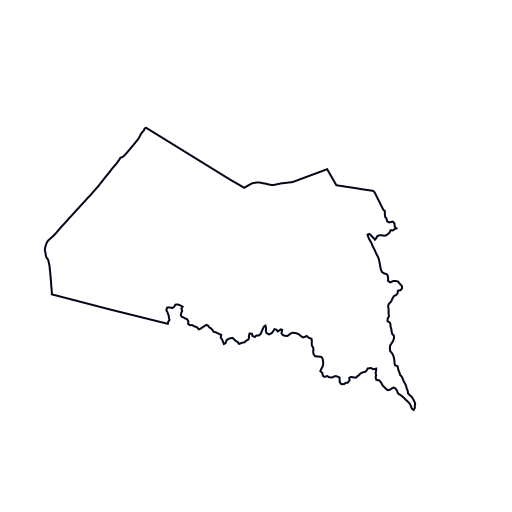 the district of Belmonte, Bahia, Brazil, rotated 200°
{"feature_id": "56859067B37213046235588", "entity_name": "Belmonte", "entity_type": "district", "adm_level": 2, "iso_a3": "BRA", "parent_name": "Brazil", "parent_adm1": "Bahia", "projection": "mercator", "projection_center": [-39.261, -15.95], "detail": "fine", "context": "isolated", "style": "outline", "palette": "ink", "viewbox_px": 512, "rotation_deg": 200, "n_neighbors": 0, "source": "geoboundaries", "source_scale": "gbopen_adm2", "svg_char_len": 5305}
<svg xmlns="http://www.w3.org/2000/svg" viewBox="0 0 512 512"><g transform="rotate(200 256 256)"><path d="M403.1,338.9L404.3,337.7L404.3,335.6L405.0,333.9L405.9,331.4L406.1,328.6L406.6,326.1L407.4,323.4L408.2,321.3L408.8,319.4L409.5,317.5L410.6,314.6L411.4,312.2L412.2,310.2L412.8,308.5L413.7,306.4L414.5,304.5L415.6,303.1L417.1,301.8L417.4,299.5L418.1,297.5L418.7,295.1L419.7,292.6L420.6,290.3L421.5,287.7L422.2,285.3L422.7,283.7L423.5,281.5L424.4,278.9L425.3,276.3L426.1,273.6L426.8,271.7L427.4,269.9L427.9,268.1L428.6,266.3L429.6,263.9L430.4,261.8L431.3,259.5L432.1,257.2L432.9,255.4L433.8,253.5L434.7,251.3L435.6,248.9L436.6,246.5L437.5,244.5L438.4,242.3L439.2,240.2L440.5,237.4L441.3,235.1L442.3,232.9L443.3,230.4L444.5,227.7L445.3,225.5L446.1,223.5L446.9,221.5L447.7,219.6L448.7,217.5L449.6,215.0L450.5,212.6L451.2,210.6L451.9,208.8L452.8,206.8L453.8,204.6L455.1,202.3L456.4,199.8L457.2,197.3L457.2,194.9L457.0,192.0L456.5,189.4L454.8,186.8L453.8,184.8L452.4,182.9L450.4,181.7L448.9,179.7L448.0,178.2L446.9,176.6L446.0,174.7L444.8,172.2L443.4,169.3L442.3,167.0L441.5,165.3L440.7,163.5L439.8,161.7L439.0,159.8L438.1,157.7L437.0,155.5L436.2,153.7L435.4,152.0L434.7,150.1L430.9,150.5L376.1,155.7L374.1,155.9L315.7,162.1L316.0,164.2L315.4,166.3L316.9,168.4L317.5,170.0L318.9,171.5L320.1,173.0L321.7,174.3L321.9,177.0L320.3,177.9L318.5,178.3L316.8,178.5L315.5,180.4L315.1,182.7L313.1,183.7L310.8,183.7L307.6,183.3L308.1,181.0L306.6,179.1L306.8,176.7L306.3,174.5L304.9,173.5L303.2,173.5L301.5,173.1L299.4,173.1L297.4,171.8L296.5,168.9L294.4,168.4L292.3,169.2L289.8,168.8L287.4,168.9L284.6,167.5L283.0,169.0L282.1,170.4L280.7,172.3L279.0,174.3L277.3,174.2L275.6,173.0L273.3,172.5L271.3,171.4L269.8,170.2L267.9,170.6L265.8,170.3L263.5,170.1L261.7,170.0L261.3,167.4L259.1,165.7L257.3,163.7L256.1,162.3L254.8,163.6L254.9,165.4L254.7,167.3L252.6,169.5L250.1,171.0L247.8,170.1L245.9,169.2L243.9,169.0L241.8,167.6L239.7,169.5L237.3,171.0L236.2,173.1L234.6,174.9L234.5,176.8L235.4,178.4L235.5,181.0L233.2,181.5L232.0,179.7L229.4,179.5L228.4,181.4L226.0,182.4L224.9,184.7L224.8,187.4L224.7,189.8L224.4,192.4L223.3,193.8L221.9,191.7L221.1,188.9L219.7,187.1L216.8,186.8L214.8,189.0L214.2,190.9L213.6,193.6L211.4,193.7L209.9,192.5L208.8,193.7L207.8,195.4L206.2,195.6L205.9,193.8L205.6,192.0L204.1,191.0L201.9,190.8L199.1,191.6L197.8,193.6L196.9,195.0L195.5,196.3L193.6,196.9L191.4,197.2L189.1,197.1L186.0,196.0L183.8,195.6L182.4,196.8L181.0,198.2L178.4,197.2L175.5,197.2L174.4,195.1L173.9,193.4L172.9,191.0L170.9,189.4L170.0,187.7L169.7,186.1L168.6,183.7L166.2,182.0L163.9,182.6L162.0,183.1L159.8,183.5L158.0,181.8L156.9,179.8L155.9,177.5L155.6,174.9L156.0,172.4L156.2,169.9L153.6,168.7L152.2,166.3L150.3,165.8L148.1,167.5L146.0,167.1L144.2,167.4L142.6,168.1L141.3,169.6L139.9,170.5L138.2,170.5L135.9,170.4L134.9,167.8L134.2,166.1L132.0,164.8L129.5,165.7L128.2,167.5L126.4,168.4L125.6,171.2L126.7,173.5L125.1,175.0L122.5,175.3L120.2,176.1L119.7,177.6L118.6,179.0L117.9,181.0L116.0,183.1L113.9,184.4L113.0,185.9L112.5,188.6L109.5,190.1L107.2,189.6L104.5,191.3L104.0,189.5L103.6,187.1L102.4,185.2L102.1,182.9L100.5,180.7L98.1,181.3L96.3,180.6L94.7,179.5L92.7,177.6L90.0,176.4L88.2,175.5L86.3,175.0L84.3,176.2L83.2,177.9L81.7,179.5L80.0,179.3L77.5,177.8L76.3,176.2L74.9,175.1L73.2,174.9L70.8,174.2L68.2,173.2L66.2,172.1L63.8,171.2L61.2,169.9L59.5,168.4L58.2,166.8L57.0,165.7L55.2,165.2L54.8,167.7L55.7,170.0L55.9,171.7L57.2,173.2L59.2,175.1L61.6,177.0L63.7,177.7L66.2,179.0L67.5,181.5L69.0,182.9L70.2,184.8L72.2,187.0L74.7,189.1L76.4,191.1L77.8,192.6L79.8,193.4L81.1,195.3L82.7,196.9L83.7,198.4L85.3,200.9L87.9,200.8L89.2,202.7L90.0,204.7L91.7,207.7L93.1,209.6L95.0,211.2L97.4,212.5L98.8,215.4L99.3,217.8L98.7,220.5L98.1,223.2L98.3,226.4L99.3,228.4L101.2,229.2L102.8,231.5L104.0,233.9L105.4,235.6L106.1,237.4L107.3,239.1L110.2,239.8L110.9,242.5L110.4,244.7L111.4,246.7L112.2,248.6L113.2,251.3L114.8,254.4L114.8,256.4L114.0,258.1L113.4,259.8L113.2,262.7L112.8,265.3L110.9,267.4L110.2,269.4L110.8,271.9L108.4,273.3L107.7,275.6L108.4,277.4L109.9,278.4L112.1,279.4L113.5,280.5L115.9,280.4L118.5,279.4L120.8,277.1L123.3,277.7L124.4,280.6L125.6,282.8L127.1,283.6L129.6,283.5L131.9,283.9L133.7,285.6L135.2,287.8L136.4,290.0L139.0,294.3L140.9,296.8L142.6,298.2L144.3,299.8L145.6,301.3L147.4,303.0L149.4,304.8L151.2,306.8L152.4,308.1L153.8,309.2L155.7,310.8L157.5,312.9L158.5,314.2L157.1,315.5L155.4,314.9L153.3,313.8L151.2,312.9L149.8,312.0L149.2,313.6L148.9,315.9L147.4,317.5L145.1,318.5L142.8,318.8L141.1,319.6L139.8,321.3L138.5,323.6L138.3,326.3L136.2,326.8L134.9,328.7L133.5,330.0L135.7,331.0L137.0,334.0L139.3,335.1L142.3,333.1L144.5,333.4L146.2,335.8L148.0,336.9L149.3,339.6L150.3,342.3L152.0,342.9L153.7,344.4L155.3,345.9L156.9,347.4L158.8,349.3L161.3,351.6L164.3,354.5L166.0,356.1L167.6,357.1L169.7,357.0L171.4,356.6L173.1,356.3L175.8,355.7L177.3,355.4L180.7,354.7L184.3,354.1L188.7,353.2L191.7,352.6L193.6,352.2L196.0,351.7L197.8,351.4L200.6,350.8L202.4,350.4L204.7,350.0L218.8,361.9L246.9,338.0L248.8,337.0L250.5,336.2L252.2,335.3L254.6,334.1L256.7,333.1L258.9,331.8L261.1,330.4L263.1,329.1L265.2,328.1L268.2,327.6L270.4,327.4L272.2,327.2L274.0,326.8L277.3,326.4L279.8,325.6L282.1,324.4L284.6,322.9L286.2,321.1L287.8,319.2L290.4,316.1L306.4,318.9L403.1,338.9Z" fill="none" stroke="#020617" stroke-width="2"/></g></svg>